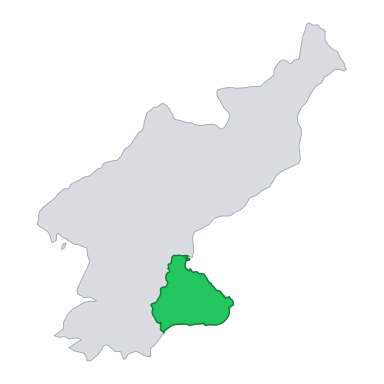 location of Kangwŏn-do within North Korea
{"feature_id": "PRK-3308", "entity_name": "Kangwŏn-do", "entity_type": "Province", "adm_level": 1, "iso_a3": "PRK", "parent_name": "North Korea", "parent_adm1": "", "projection": "mercator", "projection_center": [127.289, 38.794], "detail": "fine", "context": "in_parent", "style": "filled", "palette": "green", "viewbox_px": 384, "rotation_deg": 0, "n_neighbors": 0, "source": "natural_earth", "source_scale": "10m", "svg_char_len": 6218}
<svg xmlns="http://www.w3.org/2000/svg" viewBox="0 0 384 384"><path d="M233.7,304.9L232.0,305.9L229.1,311.1L226.4,317.8L223.7,321.3L220.7,323.3L217.4,324.5L210.9,325.0L205.0,324.5L203.1,323.8L195.0,324.2L192.7,324.7L181.1,324.2L175.0,324.7L171.2,326.0L167.2,328.7L163.8,332.7L160.9,337.1L154.8,344.9L150.5,348.7L150.5,354.2L150.4,355.9L148.9,357.1L148.4,356.6L145.9,356.2L136.1,351.1L127.9,354.2L125.9,358.2L123.7,359.5L120.5,351.7L115.2,351.4L106.8,344.5L103.2,345.9L102.2,348.7L97.6,355.0L91.2,360.3L89.1,361.0L86.7,360.6L87.1,359.2L84.4,353.3L74.3,350.9L70.6,348.4L68.7,347.9L78.7,341.3L81.3,340.1L79.4,338.6L77.2,337.8L69.0,338.8L64.8,336.6L58.5,337.3L54.2,335.6L63.2,329.2L63.6,325.3L63.5,322.4L68.0,313.8L72.6,309.1L84.4,302.3L89.5,301.3L93.3,301.6L96.3,301.0L93.1,298.4L90.0,297.2L83.9,297.4L77.5,293.5L77.0,289.4L89.3,263.2L89.4,260.8L87.5,254.4L86.9,248.2L78.1,244.6L74.2,244.2L62.8,237.1L58.3,233.5L56.6,234.6L56.2,240.3L54.6,241.5L51.7,242.6L50.2,236.2L47.7,231.5L40.2,226.7L37.5,224.1L38.8,218.4L38.2,217.9L39.4,211.5L44.0,206.6L55.3,197.8L58.2,193.7L63.9,188.8L66.5,188.9L69.1,188.5L69.9,186.4L70.6,184.7L72.8,183.2L78.3,180.5L84.6,177.0L89.6,176.0L95.7,170.7L98.2,168.3L100.7,168.3L101.4,167.3L102.8,164.5L104.8,162.7L107.5,162.3L111.9,161.0L117.5,160.2L121.3,155.8L122.6,152.6L125.1,149.0L130.4,145.2L134.0,139.5L138.1,133.3L140.0,131.3L141.9,130.9L143.1,128.6L144.3,122.0L146.2,115.5L147.3,112.5L152.0,109.2L153.2,107.6L154.2,107.0L156.4,107.5L159.3,105.5L162.1,103.4L164.6,104.1L167.1,105.9L169.7,109.5L170.9,112.3L173.0,114.7L173.4,118.1L175.5,119.6L180.0,120.4L187.2,122.7L192.0,122.9L194.6,124.6L200.3,125.6L211.5,124.2L216.1,125.0L218.1,127.2L220.9,128.9L222.8,129.0L225.3,126.0L227.9,121.3L229.7,117.6L229.6,114.7L228.1,111.6L224.3,108.6L221.9,104.1L219.6,99.5L218.2,97.9L217.1,95.7L216.9,92.2L217.7,89.8L223.3,88.3L230.5,87.3L236.3,88.3L246.0,87.7L252.0,86.4L256.4,86.5L260.5,86.5L262.3,84.5L268.0,79.7L270.7,78.0L273.8,74.7L274.2,71.2L274.8,68.5L276.5,65.5L279.5,61.8L282.1,60.1L284.9,60.3L287.9,62.0L289.7,63.7L291.9,63.2L293.7,60.3L294.8,59.8L298.2,59.5L299.3,57.8L300.6,49.2L301.9,42.5L302.2,37.8L305.2,30.0L306.2,25.2L308.0,23.0L310.1,23.2L311.8,24.6L314.0,25.4L317.0,24.6L319.0,25.8L320.3,28.4L324.7,30.1L325.1,31.4L325.0,39.9L327.4,43.9L330.5,47.4L334.9,50.7L337.2,51.4L338.6,53.8L340.0,57.8L343.1,61.7L344.7,64.5L345.0,67.5L346.5,69.1L344.0,71.0L340.7,69.8L335.3,69.2L328.3,75.0L324.4,77.0L321.7,82.7L316.3,86.0L313.3,89.6L309.5,95.8L306.9,101.8L301.1,107.8L297.7,115.5L297.5,122.0L301.2,128.7L301.5,134.4L298.9,146.1L300.4,158.5L298.8,163.3L280.9,171.7L276.2,175.9L269.6,186.8L261.6,190.9L256.6,195.3L249.7,197.9L245.3,205.6L240.4,209.9L234.6,212.5L230.3,215.9L220.7,216.1L213.9,218.5L209.0,224.8L194.4,232.0L192.5,237.5L193.4,245.9L193.5,252.3L192.2,257.6L189.0,256.1L187.3,257.9L185.4,262.7L186.0,268.3L191.0,270.1L195.1,272.4L200.8,273.5L205.1,276.1L214.1,287.7L221.5,292.8L223.4,294.7L227.6,297.3L231.5,301.3L233.7,304.9ZM64.7,247.6L61.9,249.4L61.8,246.2L63.9,243.4L66.1,243.1L64.7,247.6Z" fill="#d9dde1" stroke="#a8b0b8" stroke-width="1"/><path d="M233.3,304.8L230.5,306.3L229.2,307.3L228.9,308.1L229.0,309.2L229.4,311.4L229.2,313.6L228.6,315.5L227.6,317.2L226.5,318.8L223.9,321.5L220.8,323.6L217.4,324.8L214.1,325.0L209.0,324.7L205.8,325.4L205.1,325.2L204.5,324.6L203.9,323.7L203.5,323.5L194.1,324.3L191.2,325.1L189.8,325.3L185.1,323.9L179.1,324.4L177.6,324.2L174.4,324.6L171.2,325.9L168.1,327.9L165.4,330.1L165.1,330.4L164.5,331.2L163.8,332.8L163.4,332.1L163.3,331.8L163.1,331.5L162.9,331.3L162.1,331.2L161.7,330.9L161.4,330.8L160.6,329.6L160.5,328.8L160.7,328.1L161.0,327.4L161.0,327.0L161.0,326.7L160.6,326.1L160.5,325.9L160.3,325.4L160.4,325.1L160.6,324.6L160.8,324.2L161.2,323.3L161.1,322.9L160.9,322.6L160.6,322.6L160.4,322.7L160.1,322.8L159.6,323.3L159.3,323.3L158.9,323.2L158.4,322.7L157.9,322.4L157.5,322.2L157.1,322.1L156.8,321.9L156.5,321.6L156.3,321.2L156.3,320.8L156.1,320.4L152.8,314.7L152.5,313.9L152.2,312.7L152.2,311.8L152.2,311.4L152.3,310.8L152.5,310.2L152.6,309.8L152.7,309.4L152.8,309.0L152.7,308.2L152.6,307.8L152.4,307.4L151.3,305.8L151.1,305.3L151.1,305.2L151.2,304.7L151.3,304.3L151.6,304.1L151.9,303.8L152.2,303.7L155.1,302.8L155.7,302.4L156.3,301.9L156.6,301.6L157.0,301.0L157.9,299.1L159.6,296.6L160.3,295.3L160.4,294.8L160.5,294.1L160.7,292.9L160.7,291.2L160.5,290.0L160.5,289.4L160.6,288.9L160.8,288.6L161.0,288.3L161.3,288.0L161.6,287.7L161.9,287.5L162.2,287.4L162.5,287.3L164.8,287.1L165.1,287.1L165.4,286.9L165.7,286.7L165.9,286.5L166.8,285.4L167.2,284.6L167.5,283.7L167.6,283.2L167.7,282.8L167.7,282.4L167.6,282.1L167.5,281.9L167.3,281.4L167.2,281.3L166.9,281.0L166.4,280.3L166.1,279.3L165.9,277.0L166.4,274.4L167.4,273.0L167.8,272.7L169.4,271.8L169.7,271.6L169.8,271.3L169.7,270.7L169.5,270.3L168.0,268.5L168.6,268.0L168.7,267.6L168.7,267.2L168.3,266.1L168.2,265.1L168.3,264.6L168.6,264.3L170.0,263.8L170.4,263.6L170.9,263.2L171.2,262.8L171.3,262.3L171.3,261.5L171.3,261.1L171.7,259.8L171.9,257.8L172.1,257.2L172.3,256.8L172.7,256.4L173.1,256.0L173.5,255.7L173.9,255.5L174.2,255.4L174.6,255.4L176.4,255.7L178.8,255.3L180.4,255.4L182.8,255.9L185.2,255.5L186.4,255.6L186.8,255.5L187.1,255.5L187.4,255.6L188.1,255.9L187.8,256.4L187.5,256.7L185.2,257.5L185.2,258.0L185.8,258.3L186.9,258.6L187.5,258.9L188.1,258.4L188.9,258.2L189.5,258.5L189.8,259.5L189.5,260.0L188.0,260.3L187.5,260.6L187.2,260.2L187.0,259.9L186.7,259.8L186.3,259.7L185.9,259.9L185.9,260.2L186.1,260.6L186.2,261.0L185.6,262.7L185.2,264.4L184.9,266.2L185.4,267.4L185.9,268.7L186.7,269.2L187.2,269.5L188.3,270.6L188.8,270.9L189.8,270.8L190.0,270.2L189.8,269.6L189.8,269.2L190.7,269.1L191.7,271.5L192.7,272.2L196.3,271.8L197.5,272.2L198.1,272.6L198.5,273.2L199.0,273.7L199.7,273.9L203.0,273.9L203.8,274.0L204.3,274.5L205.4,276.5L206.9,278.6L207.2,279.3L207.5,280.2L208.3,281.3L209.9,283.0L210.1,283.8L210.3,284.0L210.7,283.6L211.0,283.4L211.3,283.6L211.5,284.0L211.7,285.0L211.9,285.5L212.3,285.8L212.7,286.0L213.6,286.5L215.3,289.2L216.2,290.2L219.9,291.1L225.7,298.4L226.5,298.1L228.7,296.9L229.3,296.7L230.8,299.0L231.1,299.4L232.0,299.9L232.4,300.3L233.0,301.4L233.0,301.7L233.1,302.6L233.1,303.7L233.3,304.8L233.3,304.8Z" fill="#22c55e" stroke="#15803d" stroke-width="1.5"/></svg>